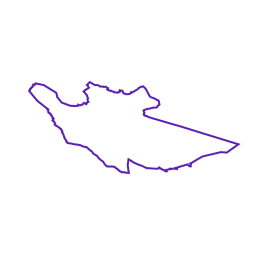 Lillehammer nor, Oppland, Norway (Robinson projection), rotated 29°
{"feature_id": "86288312B86660801630456", "entity_name": "Lillehammer nor", "entity_type": "district", "adm_level": 2, "iso_a3": "NOR", "parent_name": "Norway", "parent_adm1": "Oppland", "projection": "robinson", "projection_center": [10.321, 61.133], "detail": "fine", "context": "isolated", "style": "outline", "palette": "violet", "viewbox_px": 256, "rotation_deg": 29, "n_neighbors": 0, "source": "geoboundaries", "source_scale": "gbopen_adm2", "svg_char_len": 5530}
<svg xmlns="http://www.w3.org/2000/svg" viewBox="0 0 256 256"><g transform="rotate(29 128 128)"><path d="M150.5,166.9L145.9,160.9L143.6,155.1L147.1,155.2L147.7,155.2L148.2,155.4L148.9,155.3L150.1,155.5L152.1,155.2L153.8,155.1L156.7,154.7L157.6,154.4L158.7,154.3L159.5,154.3L161.1,154.2L163.5,154.1L170.3,151.0L173.4,149.4L174.3,148.6L174.2,147.9L174.4,147.3L174.8,147.3L175.2,147.6L175.5,147.7L176.3,147.8L176.7,147.4L176.9,147.4L178.1,147.8L179.6,147.3L181.6,147.8L182.5,147.4L182.7,147.2L182.4,147.1L182.3,146.8L182.1,146.5L181.8,146.4L181.7,146.2L184.5,143.8L184.2,143.6L184.2,143.4L184.8,142.9L185.6,143.0L187.7,141.2L189.1,140.9L189.3,140.5L189.6,140.4L190.3,140.3L190.4,140.2L190.7,140.2L190.7,139.8L190.0,139.7L189.3,139.6L197.8,130.9L198.8,131.5L199.1,131.4L199.4,131.5L200.4,131.5L201.2,131.4L201.4,131.2L201.2,131.1L200.4,130.7L200.6,130.4L200.8,129.6L200.4,129.1L200.5,129.1L199.7,128.8L200.3,128.1L201.4,126.2L204.3,121.1L207.1,116.7L207.7,116.1L220.9,104.1L226.3,101.6L232.5,88.7L196.5,96.3L174.8,100.8L170.3,101.8L165.8,102.9L149.2,106.6L143.5,107.9L140.2,108.5L138.2,108.6L138.0,108.8L136.4,109.0L135.7,108.9L135.2,108.6L135.0,108.0L135.3,107.7L134.9,107.3L134.9,106.7L134.5,106.5L133.9,105.9L133.5,105.7L133.4,105.4L133.1,105.1L133.1,104.9L133.4,104.4L133.8,104.1L133.9,103.8L135.1,102.8L135.1,102.6L135.3,102.2L136.8,101.1L137.4,100.8L138.4,99.6L139.4,98.8L140.1,98.0L140.7,97.6L141.9,97.0L142.8,96.4L143.4,95.4L143.4,95.1L143.2,94.9L143.2,94.7L143.4,94.4L143.4,93.7L144.0,92.8L144.2,92.4L144.2,92.2L143.0,91.0L142.6,90.3L141.9,89.7L141.5,89.2L139.3,89.5L138.7,89.3L137.5,89.3L132.8,90.0L131.2,89.5L124.6,85.2L121.2,84.2L121.0,84.3L120.5,84.6L120.2,85.2L119.8,85.6L119.2,85.8L119.1,86.2L117.8,88.3L117.7,89.3L117.5,89.7L115.8,92.5L115.4,93.4L114.7,94.4L114.3,94.8L113.4,94.9L113.4,95.3L113.7,96.0L113.1,97.1L111.8,98.3L109.8,99.5L109.4,99.6L109.1,99.5L108.5,99.5L107.2,99.9L107.0,99.6L105.4,98.4L105.0,98.1L104.3,98.5L102.6,98.9L103.1,99.6L102.9,99.7L102.8,100.1L103.0,100.1L103.3,100.5L103.2,100.7L102.6,101.0L102.3,101.4L102.0,101.5L101.9,102.1L100.7,102.6L100.0,102.7L99.6,103.0L99.4,103.2L98.6,103.5L98.0,103.1L97.7,103.3L96.2,103.6L95.3,103.6L94.9,104.0L94.6,103.8L94.4,103.9L93.0,104.4L91.9,104.5L91.2,104.3L91.4,104.0L91.4,103.8L91.4,103.6L91.5,103.1L91.4,102.9L90.9,103.1L90.5,102.9L89.3,102.8L88.6,102.6L88.1,102.9L87.8,103.2L87.0,103.8L86.5,103.7L84.2,104.9L83.1,105.3L82.7,105.1L82.2,105.0L81.4,105.1L79.6,105.7L78.2,106.5L72.4,106.4L71.2,110.3L71.9,110.3L72.5,110.6L72.8,110.9L74.3,111.7L73.0,114.2L72.1,115.4L71.9,116.4L71.5,117.6L72.8,117.9L73.5,118.3L76.0,119.2L76.3,119.5L77.3,120.3L77.7,120.7L77.8,120.9L78.4,121.4L78.6,121.4L78.6,121.5L78.4,121.8L78.5,122.2L78.9,122.6L80.1,124.3L80.6,124.4L80.3,124.8L80.2,125.0L79.9,125.3L79.8,125.8L80.0,126.2L79.9,126.5L80.0,126.9L79.6,127.1L79.6,127.5L79.3,127.4L79.1,127.2L78.5,127.1L78.2,127.5L77.2,127.5L77.0,128.3L77.0,128.7L77.0,128.9L77.0,129.3L76.5,129.6L76.1,130.7L75.8,130.9L75.0,131.2L74.5,131.7L74.2,131.8L73.3,131.8L73.4,132.0L73.1,132.7L73.2,133.1L72.9,133.2L72.3,133.6L71.6,134.0L70.7,134.7L69.5,135.2L67.8,136.0L67.0,136.5L57.7,137.9L51.1,135.3L50.1,134.0L48.1,132.0L33.6,131.3L25.5,133.8L25.5,134.3L25.4,134.6L25.7,135.1L25.6,135.3L24.9,135.5L24.9,135.9L24.1,135.9L24.0,136.0L24.7,136.7L24.5,137.0L24.6,137.3L24.4,137.6L24.3,137.9L24.5,138.3L24.3,138.4L24.4,138.7L24.2,139.1L24.1,139.6L23.8,140.0L23.8,140.4L23.8,140.5L23.6,140.9L23.8,141.0L23.7,141.3L23.6,141.5L23.9,141.9L24.0,142.3L23.9,142.4L24.0,142.6L23.5,143.2L23.5,143.4L23.7,143.6L35.6,148.2L48.4,150.3L48.3,150.5L48.5,150.6L48.5,150.8L49.0,150.8L48.9,151.0L49.9,151.5L50.0,151.9L50.4,152.1L50.4,152.3L50.6,152.5L50.7,152.8L51.0,153.2L51.5,153.2L52.2,153.1L52.3,153.0L52.8,152.9L53.1,153.2L53.7,153.3L53.9,153.7L54.4,153.7L54.5,153.8L54.4,153.9L54.7,153.8L54.9,153.9L54.9,154.0L55.2,154.2L55.0,154.3L55.4,154.5L55.6,154.7L56.2,154.9L56.6,155.2L57.0,155.2L57.1,155.5L57.3,155.4L57.8,155.6L57.6,155.8L57.8,156.0L57.6,156.0L57.6,156.4L57.9,156.6L58.0,156.5L58.3,156.5L58.4,157.0L58.7,157.0L59.1,157.5L58.9,157.8L58.7,158.1L59.3,158.2L59.7,158.4L59.9,158.3L60.4,158.5L60.8,158.6L60.9,158.8L61.8,159.1L62.0,159.8L62.2,160.0L62.3,160.3L62.2,160.6L62.3,160.7L63.3,160.8L64.0,160.6L64.3,160.9L64.8,160.9L65.5,160.8L67.3,161.0L68.1,161.2L69.3,161.2L69.5,161.3L69.7,161.6L70.1,161.4L70.9,162.1L72.2,162.7L72.3,162.8L72.2,163.0L72.3,163.3L72.2,163.6L73.2,164.3L74.1,164.5L74.4,164.9L74.8,165.1L75.2,165.7L76.6,166.7L76.7,166.9L77.0,167.1L77.0,167.3L77.6,167.5L77.9,168.0L78.4,168.1L79.5,168.7L80.2,169.0L80.4,169.2L80.8,169.4L80.8,169.6L80.8,169.9L81.3,170.1L81.8,170.0L82.6,170.4L86.5,168.9L88.0,168.6L91.8,167.1L94.3,166.2L94.5,166.3L95.1,166.1L95.8,166.0L96.3,166.0L96.7,166.1L97.2,166.1L97.6,165.8L100.1,165.4L100.8,164.8L105.9,165.9L106.3,166.0L107.8,166.0L108.0,166.2L108.7,166.6L109.5,167.0L110.4,167.3L114.5,167.4L114.9,167.6L116.4,168.4L117.5,168.7L120.2,169.3L122.2,169.4L123.9,170.2L124.4,170.6L126.1,171.3L128.1,171.8L128.8,171.6L129.0,171.2L129.3,171.1L129.6,170.9L130.5,170.8L131.4,170.2L131.9,169.8L132.2,169.7L132.3,169.5L133.0,169.3L133.5,169.1L134.0,169.0L134.2,168.8L134.6,168.5L135.3,168.5L135.8,168.8L136.0,168.8L137.5,169.1L138.1,168.8L138.5,168.8L138.9,169.1L139.2,169.1L139.7,169.4L140.2,169.5L140.6,169.5L140.8,169.7L141.3,169.6L141.8,169.8L142.0,169.8L142.8,169.7L143.3,169.5L143.5,169.6L143.6,169.8L143.9,169.8L144.3,169.6L144.9,169.3L144.9,169.1L145.0,169.0L145.8,168.7L146.3,168.6L147.8,168.1L150.5,166.9Z" fill="none" stroke="#5b21b6" stroke-width="2"/></g></svg>